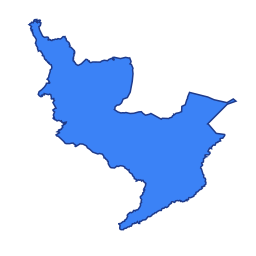 the district of Zacualpan, México, Mexico, rotated 94°
{"feature_id": "50627088B66940099023343", "entity_name": "Zacualpan", "entity_type": "district", "adm_level": 2, "iso_a3": "MEX", "parent_name": "Mexico", "parent_adm1": "México", "projection": "robinson", "projection_center": [-99.827, 18.714], "detail": "fine", "context": "isolated", "style": "filled", "palette": "blue", "viewbox_px": 256, "rotation_deg": 94, "n_neighbors": 0, "source": "geoboundaries", "source_scale": "gbopen_adm2", "svg_char_len": 5852}
<svg xmlns="http://www.w3.org/2000/svg" viewBox="0 0 256 256"><g transform="rotate(94 128 128)"><path d="M81.1,127.0L73.5,126.8L69.6,127.5L68.1,127.2L64.5,129.0L63.9,130.5L63.0,129.9L61.4,129.6L58.0,131.2L58.2,131.5L57.7,135.3L59.3,140.4L58.4,146.8L58.7,148.0L59.0,148.0L60.5,146.6L61.2,146.9L60.7,148.0L59.6,148.9L59.7,149.4L61.0,151.9L62.3,153.1L62.1,156.5L63.1,159.0L64.2,160.2L64.6,167.7L65.4,169.7L65.0,170.9L63.9,171.4L64.2,171.9L62.7,173.2L62.4,174.7L67.2,179.0L69.1,182.2L67.9,184.5L66.8,185.1L66.0,186.1L65.2,186.2L65.0,187.2L63.9,187.6L63.0,187.2L62.3,187.6L61.9,187.2L61.3,187.5L59.6,186.9L57.9,187.2L57.7,186.7L57.3,186.9L56.8,186.4L56.4,186.8L55.7,187.0L55.5,186.6L54.6,186.9L51.6,190.3L51.0,192.0L49.5,191.6L48.9,192.4L48.2,192.2L46.9,192.9L45.1,195.5L42.9,196.1L42.2,197.2L41.2,197.2L41.4,199.2L43.3,200.8L44.0,201.9L43.7,204.1L44.5,205.0L44.4,206.8L45.2,208.1L45.1,209.1L46.1,210.0L45.9,211.3L45.5,211.3L45.2,212.1L45.8,213.7L45.6,213.9L44.1,213.4L43.1,214.0L42.9,215.1L43.4,217.7L42.3,219.6L36.2,223.1L33.1,224.0L32.0,222.6L29.2,222.2L28.7,224.1L27.1,222.9L26.7,223.0L26.5,223.7L27.2,225.7L29.2,225.8L28.8,226.6L26.1,226.5L26.4,228.5L27.0,229.2L27.9,228.3L28.1,229.5L29.6,230.0L29.2,231.4L30.2,232.0L30.7,233.1L31.6,233.3L31.8,233.8L33.5,231.3L35.4,232.1L36.7,231.4L36.7,231.1L36.3,231.1L36.9,230.2L37.7,231.0L38.0,230.2L38.8,230.3L39.2,229.7L39.9,229.8L40.2,229.4L42.2,228.9L43.3,227.6L45.9,225.7L47.3,225.6L49.9,226.3L50.3,225.8L51.9,225.4L54.0,223.8L55.1,223.8L57.0,223.0L57.1,222.6L57.5,222.6L57.1,222.0L57.5,220.2L58.0,220.2L59.6,218.7L60.7,218.2L61.7,218.5L62.2,216.9L65.0,216.0L65.7,214.5L66.3,214.6L66.9,213.5L68.1,212.6L68.0,211.8L68.5,211.4L69.0,211.6L70.3,209.7L70.2,209.0L72.6,208.2L74.3,208.4L75.6,209.7L77.0,209.5L81.4,210.6L82.8,210.6L85.0,212.1L85.5,211.1L87.1,209.8L87.6,210.2L88.1,209.3L88.8,209.4L89.1,212.5L90.4,212.7L92.9,214.2L95.8,216.7L97.9,219.2L100.7,219.9L102.0,218.7L102.8,217.3L102.8,216.8L101.5,216.3L102.1,215.6L100.5,215.0L100.7,213.8L99.5,213.9L100.3,209.7L99.7,208.7L100.1,207.4L102.7,206.6L104.1,206.6L104.4,206.1L103.5,203.5L103.9,204.4L105.0,204.2L105.6,203.3L107.8,204.7L113.2,201.2L113.3,201.8L115.3,204.2L116.2,203.6L117.1,202.3L120.3,203.4L122.8,202.3L122.9,203.1L123.5,203.4L124.2,202.5L123.8,202.1L125.0,201.3L125.0,200.5L125.9,199.3L125.3,198.0L125.3,197.0L125.9,195.6L125.6,195.1L126.2,195.0L126.6,194.7L126.4,194.4L127.4,193.7L126.4,190.0L127.4,190.2L127.9,190.9L128.8,191.3L128.9,191.8L128.3,191.8L128.3,192.3L129.7,192.8L130.5,193.9L131.2,193.3L132.2,193.2L132.9,194.2L133.7,194.4L135.1,197.6L134.9,195.8L136.7,198.3L137.1,196.2L137.5,196.0L139.9,199.3L140.8,198.6L141.2,196.9L145.9,191.1L147.4,189.9L147.9,188.7L147.7,185.2L147.0,182.9L147.0,181.4L147.4,181.2L148.7,179.0L149.6,179.5L150.0,179.4L150.1,178.8L147.2,174.8L147.2,171.9L148.8,168.1L150.5,167.2L152.1,164.4L154.5,161.5L156.0,156.3L155.4,154.5L155.9,151.7L157.8,150.2L159.5,149.8L159.6,148.6L160.6,148.0L161.1,146.9L162.5,146.1L162.7,145.4L165.1,145.2L168.0,143.3L168.8,142.2L168.8,138.6L166.8,136.5L167.1,135.1L166.1,133.0L166.3,130.5L167.1,128.5L168.1,128.3L168.6,127.0L169.9,125.3L169.5,124.1L171.0,124.0L172.2,123.3L173.9,120.4L175.2,120.1L176.7,118.4L178.1,118.2L178.8,115.9L180.4,116.1L180.2,115.5L178.9,113.7L179.3,113.1L178.9,111.6L180.0,110.8L179.2,109.8L179.2,109.2L180.4,108.7L181.9,106.4L182.4,106.7L183.0,106.4L184.7,106.6L187.6,107.9L188.5,107.1L188.9,108.1L189.8,107.6L190.9,107.8L191.8,108.8L193.1,108.6L195.7,110.9L196.9,110.7L198.4,109.4L200.2,109.8L201.3,109.3L202.3,110.4L204.3,110.1L205.6,110.5L208.8,112.4L209.3,114.3L210.2,114.9L209.8,115.7L209.9,116.7L211.1,117.1L211.8,117.9L212.3,118.9L212.0,119.4L212.1,120.1L214.1,122.1L215.1,122.7L216.2,122.2L218.9,123.2L220.0,124.7L221.3,124.9L221.6,126.3L223.7,128.6L224.1,130.5L224.4,130.5L224.9,129.7L225.9,129.1L228.3,129.3L229.2,129.0L229.7,128.6L229.9,127.5L229.7,125.4L228.6,124.9L228.0,122.6L227.0,121.7L226.5,120.5L226.5,119.8L225.8,119.2L225.6,117.8L223.2,116.9L222.9,115.1L222.2,114.7L222.5,113.9L222.4,113.4L220.7,112.0L222.4,110.9L222.4,109.7L220.4,109.8L220.2,108.4L218.9,107.0L218.2,104.0L214.9,101.7L214.9,99.9L213.9,98.4L212.5,97.6L211.7,96.0L210.6,95.2L210.5,93.8L209.6,93.3L208.1,91.1L207.9,89.0L206.6,88.8L205.8,88.0L205.6,86.6L204.3,85.3L204.6,83.9L204.0,83.0L202.9,82.0L201.6,81.6L200.1,79.5L199.2,79.7L198.5,79.1L198.5,77.6L199.0,76.6L198.8,76.1L197.5,75.5L196.9,73.8L197.1,72.2L196.6,71.3L196.7,70.8L197.5,70.4L197.1,69.7L197.8,68.7L197.2,66.4L196.1,65.5L196.4,64.2L195.4,64.3L195.5,63.3L195.1,62.6L194.1,62.8L193.2,62.4L193.2,60.7L191.5,57.6L190.4,57.4L188.9,55.6L187.5,55.7L186.7,54.0L184.4,52.1L184.2,51.1L183.3,50.0L182.8,49.7L181.9,50.4L181.3,50.0L181.2,48.8L180.5,47.5L179.8,47.9L178.7,46.5L178.0,46.5L176.6,46.5L176.2,47.2L173.7,47.0L172.6,47.7L172.6,48.4L171.8,49.1L169.6,49.1L169.0,49.9L163.7,51.9L162.9,52.8L161.6,52.6L160.1,51.1L159.1,51.2L158.6,52.0L157.7,52.1L156.6,50.4L153.3,50.5L152.5,49.3L151.7,49.2L151.2,47.8L150.8,49.0L149.7,49.3L149.3,48.5L149.2,45.6L147.5,44.4L146.4,44.7L146.1,46.3L145.7,46.6L142.4,45.2L142.8,43.2L141.2,43.6L140.9,43.0L139.6,42.3L139.0,41.4L139.1,40.0L136.5,39.1L136.1,37.4L135.4,37.3L134.4,34.7L132.6,35.5L132.0,35.0L131.5,32.7L128.8,31.0L127.8,31.1L127.7,31.5L127.2,39.6L118.8,47.9L118.4,48.9L97.4,30.7L93.7,22.2L91.7,25.0L95.8,31.0L93.8,44.1L91.5,50.6L88.2,69.1L93.0,70.7L94.5,70.7L95.6,71.3L100.8,72.5L102.7,75.8L107.9,75.7L109.2,78.1L110.0,81.1L111.5,82.8L111.3,83.2L111.7,83.1L112.8,84.4L114.3,85.1L114.8,86.8L115.7,88.0L115.9,94.5L116.9,95.4L111.9,106.2L112.8,107.7L114.0,111.4L112.3,114.2L110.8,115.8L111.2,118.4L112.9,123.2L113.4,126.9L112.7,131.1L113.2,132.8L113.1,134.1L113.5,136.1L112.6,139.4L110.5,142.9L109.7,142.4L107.9,142.4L105.9,140.5L105.7,138.9L105.2,137.9L103.4,136.2L99.5,134.9L97.7,130.8L92.1,128.3L81.1,127.0Z" fill="#3b82f6" stroke="#1e3a8a" stroke-width="1.5"/></g></svg>